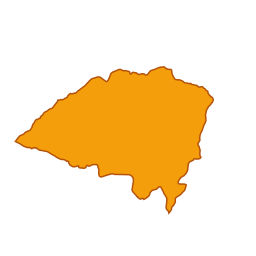 outline of Mushie, Bandundu, Democratic Republic of the Congo, rotated 216°
{"feature_id": "63176286B59505490488503", "entity_name": "Mushie", "entity_type": "district", "adm_level": 2, "iso_a3": "COD", "parent_name": "Democratic Republic of the Congo", "parent_adm1": "Bandundu", "projection": "equal_earth", "projection_center": [17.182, -2.524], "detail": "fine", "context": "isolated", "style": "filled", "palette": "amber", "viewbox_px": 256, "rotation_deg": 216, "n_neighbors": 0, "source": "geoboundaries", "source_scale": "gbopen_adm2", "svg_char_len": 5284}
<svg xmlns="http://www.w3.org/2000/svg" viewBox="0 0 256 256"><g transform="rotate(216 128 128)"><path d="M75.7,201.1L75.8,201.1L77.4,202.2L78.4,202.3L79.6,201.9L80.1,202.4L81.4,202.4L83.2,203.0L83.6,203.1L84.6,204.3L85.2,204.5L87.2,204.5L89.1,205.0L90.3,204.7L91.5,205.1L92.2,205.0L93.0,204.5L94.2,203.0L94.8,202.8L95.4,202.7L97.3,203.0L98.4,202.3L100.8,201.4L102.3,200.6L103.0,200.9L103.5,200.8L103.9,200.7L104.1,200.0L104.4,199.8L104.8,199.8L105.9,199.4L108.4,198.1L108.9,197.9L111.7,198.0L113.8,197.5L114.8,197.2L115.4,196.6L117.7,195.3L118.0,195.3L118.7,195.0L122.4,196.6L124.6,198.1L126.7,200.4L127.4,200.6L128.5,200.2L129.5,199.3L130.4,199.0L130.7,198.9L131.6,198.8L131.9,198.4L134.5,198.8L137.5,196.3L138.5,195.0L141.1,190.8L141.5,190.2L143.1,188.2L143.2,187.7L143.6,186.3L143.6,183.3L143.7,182.7L144.4,181.5L145.0,181.2L146.7,181.2L147.9,180.6L148.7,180.0L150.0,178.2L150.4,178.0L151.0,177.6L152.7,177.3L152.8,177.3L153.6,177.5L155.1,176.8L156.5,176.1L157.0,175.5L157.4,173.5L157.8,173.1L158.1,173.0L159.6,174.3L160.3,174.3L161.8,173.8L164.1,172.7L165.1,171.7L168.8,170.8L169.6,170.1L170.3,169.0L171.9,166.3L172.6,165.3L173.1,164.4L173.5,163.3L173.7,162.6L173.8,162.1L173.7,161.4L173.3,160.0L173.0,158.9L172.7,157.7L172.4,156.7L172.2,155.5L172.2,154.9L172.2,154.3L172.2,153.7L172.4,153.2L172.8,152.8L173.3,152.7L175.6,152.7L176.6,152.7L177.5,152.7L178.9,152.7L180.0,152.8L181.0,152.5L182.1,151.8L182.8,151.2L183.4,150.3L184.0,149.4L184.9,148.3L185.6,147.4L186.1,146.8L186.3,146.2L186.7,144.8L187.0,142.4L187.6,137.1L190.5,127.7L190.5,126.5L190.7,125.4L191.4,125.1L191.8,124.9L192.4,123.8L192.8,123.6L193.0,123.2L193.3,122.6L193.8,122.3L194.1,122.2L194.8,122.2L195.0,121.9L195.0,121.4L195.1,121.2L195.3,120.7L195.4,120.3L195.4,119.8L195.6,119.1L195.4,117.6L195.4,117.2L195.5,116.3L196.4,115.1L196.9,113.5L197.5,112.6L198.2,111.8L199.0,111.6L200.1,109.9L200.7,109.7L201.1,109.5L200.5,107.3L200.7,106.4L200.8,104.1L200.9,99.9L201.3,98.9L202.7,97.0L203.5,93.9L204.8,91.6L204.9,90.2L204.7,88.1L205.1,87.2L205.3,86.0L205.3,85.4L204.8,84.8L204.8,84.1L205.2,83.8L205.5,83.6L206.1,81.9L207.1,81.0L207.4,79.7L206.9,76.8L207.1,74.9L206.1,72.0L205.9,69.1L206.1,68.5L206.7,67.2L207.9,65.5L208.5,64.0L208.8,62.0L209.3,60.7L210.7,58.5L211.0,57.7L211.2,55.0L211.2,50.9L208.3,51.4L206.9,51.7L205.2,51.8L203.9,51.8L202.5,52.0L201.2,52.0L200.0,52.5L198.3,52.9L197.5,53.3L197.0,53.7L196.8,54.1L195.9,54.4L195.5,54.6L194.4,54.5L193.7,54.7L192.4,57.0L191.3,57.2L190.7,58.0L189.5,57.9L188.2,58.0L187.3,57.9L186.2,58.3L184.9,58.9L183.3,59.7L181.3,60.6L180.1,61.2L179.2,61.5L178.1,61.6L175.3,61.8L173.1,62.0L170.9,62.4L169.7,62.3L168.2,62.4L165.2,62.9L163.7,63.3L162.3,64.2L161.5,64.6L160.7,65.0L159.6,65.0L158.4,65.1L157.9,65.1L157.4,65.8L156.0,65.7L155.3,64.8L153.1,63.9L151.6,64.1L150.4,64.1L149.5,64.5L148.5,65.2L147.6,66.1L147.0,66.9L146.6,67.5L146.2,68.0L145.9,68.2L145.6,68.2L145.2,67.7L144.9,67.4L144.4,67.2L143.4,67.5L141.8,68.5L140.8,69.1L139.9,69.6L139.3,70.3L139.1,70.8L139.0,71.5L139.2,72.3L139.2,73.0L139.0,73.6L138.7,73.9L138.1,73.9L137.4,74.1L136.9,74.3L136.4,75.2L136.0,76.1L135.4,77.0L134.6,77.9L133.9,78.6L133.2,79.1L132.3,79.6L131.5,80.1L130.9,80.1L130.2,79.4L129.5,78.9L128.8,78.3L127.8,77.8L127.2,77.3L126.2,75.9L125.6,74.9L125.0,74.0L124.3,73.4L123.7,72.8L123.1,72.4L122.4,72.2L121.8,72.2L120.9,72.7L120.2,73.5L119.6,74.3L119.0,75.2L118.4,75.9L117.9,76.8L116.6,78.4L115.8,79.3L115.1,80.3L114.3,81.2L113.6,81.8L112.8,82.1L111.5,82.7L110.7,83.1L109.4,84.2L108.4,84.8L107.1,85.7L105.8,86.7L104.7,87.3L103.9,88.0L102.9,88.6L101.9,89.4L100.8,90.0L100.1,90.6L99.4,91.0L98.6,91.2L97.8,91.3L97.0,91.3L96.2,91.2L95.1,90.8L94.3,90.4L93.2,89.3L92.2,87.9L91.3,86.0L90.4,84.3L89.7,82.9L88.7,81.0L88.2,80.1L87.6,79.7L86.0,79.1L84.0,78.7L82.1,78.3L80.6,77.9L79.4,77.6L78.4,77.6L77.6,77.6L76.8,77.5L76.1,77.9L75.6,78.6L75.3,79.3L74.9,79.7L74.1,79.6L73.2,79.5L73.0,79.9L72.1,81.9L71.7,83.1L71.3,84.5L71.2,85.5L71.3,86.6L71.8,87.8L72.1,88.7L72.0,90.2L71.8,91.5L71.2,92.5L70.4,93.6L69.6,94.5L69.0,95.2L68.8,96.3L68.7,97.0L68.4,98.3L67.9,99.1L66.9,99.5L65.8,99.1L64.5,98.4L63.2,97.8L61.8,97.1L60.9,96.4L59.9,95.9L58.8,95.6L57.9,95.2L56.6,94.6L55.9,94.3L55.1,93.7L54.1,92.3L53.1,90.8L52.2,89.0L51.3,87.6L50.8,86.5L49.9,85.5L49.0,85.0L47.8,84.6L46.5,84.5L45.0,83.2L44.8,86.3L45.0,87.6L45.7,88.8L46.0,89.8L45.7,92.3L46.0,95.1L46.4,96.3L47.7,97.7L48.3,99.5L48.1,100.7L47.5,101.8L46.4,105.0L46.3,105.3L46.1,107.6L45.6,110.6L45.7,111.6L46.9,114.7L47.0,115.3L47.4,116.1L47.8,116.3L48.5,116.1L49.5,115.7L50.7,114.9L51.5,114.2L52.3,113.8L52.9,113.4L53.7,112.8L54.5,112.8L55.1,113.0L55.7,113.8L55.9,114.9L56.1,116.1L56.2,117.9L56.0,119.3L55.6,120.5L55.1,121.5L54.7,122.4L54.6,123.5L54.4,124.8L54.4,126.0L54.6,127.4L55.1,129.2L55.8,130.3L56.8,132.2L57.5,133.3L58.1,134.4L58.2,135.3L58.2,136.2L57.9,137.5L56.3,140.3L56.4,141.3L56.3,141.8L55.5,142.7L54.4,143.0L53.6,144.0L53.0,144.1L52.7,144.5L52.2,145.3L51.8,146.0L51.7,146.8L52.0,147.3L53.7,148.0L55.2,150.0L56.6,152.4L59.9,154.9L61.2,155.3L62.3,156.5L62.5,159.5L62.7,160.3L63.0,160.9L64.1,161.9L65.8,165.2L66.7,169.8L68.4,175.4L68.5,176.7L68.7,178.1L69.5,180.1L70.3,181.1L73.3,184.5L73.8,186.2L74.9,188.2L75.1,189.1L75.1,189.9L75.4,192.3L75.4,193.4L75.0,194.7L74.9,198.8L75.2,200.0L75.7,201.1Z" fill="#f59e0b" stroke="#b45309" stroke-width="1.5"/></g></svg>